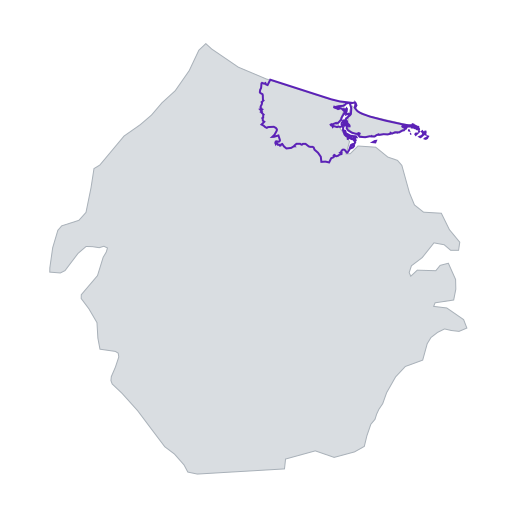 Bonthe, Southern, Sierra Leone (highlighted), rotated 177°
{"feature_id": "65957751B90425188102960", "entity_name": "Bonthe", "entity_type": "district", "adm_level": 2, "iso_a3": "SLE", "parent_name": "Sierra Leone", "parent_adm1": "Southern", "projection": "albers", "projection_center": [-12.539, 7.5], "detail": "fine", "context": "in_parent", "style": "outline", "palette": "violet", "viewbox_px": 512, "rotation_deg": 177, "n_neighbors": 0, "source": "geoboundaries", "source_scale": "gbopen_adm2", "svg_char_len": 7588}
<svg xmlns="http://www.w3.org/2000/svg" viewBox="0 0 512 512"><g transform="rotate(177 256 256)"><path d="M462.8,250.7L462.5,255.0L458.6,274.9L452.5,292.1L448.4,296.3L431.0,300.9L423.5,308.4L417.2,332.7L413.2,351.8L407.2,355.0L381.5,382.7L364.7,393.2L353.0,402.2L341.9,413.9L328.0,425.3L313.0,444.6L302.3,464.5L295.0,470.7L289.5,465.1L263.8,445.5L236.8,432.4L179.2,410.4L160.0,404.2L160.7,396.4L167.3,382.2L156.6,365.4L160.7,353.2L156.6,353.2L148.4,360.5L130.8,358.4L119.2,347.9L109.7,344.1L105.6,338.8L99.5,311.2L95.1,298.7L86.4,291.0L68.7,289.0L61.5,272.2L51.8,259.1L53.4,251.1L61.3,251.5L67.5,257.4L77.6,259.8L90.1,245.7L101.3,238.1L103.9,231.4L102.5,227.7L95.7,233.4L77.2,231.9L72.6,237.0L64.3,238.7L57.9,222.1L58.2,212.4L60.9,201.7L79.6,199.9L81.2,196.4L68.2,194.1L52.0,181.6L49.2,173.0L57.2,170.1L64.9,171.4L71.5,173.3L78.7,170.2L85.5,165.5L89.6,159.5L95.0,143.3L112.6,137.9L122.9,128.0L132.7,112.7L137.2,101.9L141.3,96.5L143.8,91.8L145.7,86.7L150.1,82.0L154.7,70.6L157.8,60.2L167.9,55.2L188.5,50.8L207.0,58.3L237.1,51.7L238.7,41.9L266.2,41.7L298.9,41.5L326.0,41.3L335.4,43.8L338.8,51.1L347.8,62.5L357.1,70.3L368.8,87.6L382.3,107.7L397.0,125.9L406.3,135.7L407.4,139.2L406.8,143.1L402.2,152.4L398.3,162.4L398.7,166.2L401.5,168.1L416.7,171.1L418.2,182.3L418.3,197.8L425.7,212.1L432.8,222.7L432.5,226.5L415.3,244.7L408.7,262.7L405.3,267.8L403.9,271.8L407.4,273.7L412.1,272.5L418.8,273.9L425.2,274.4L433.6,267.9L447.5,251.4L452.3,249.3L462.8,250.7ZM154.4,397.3L152.4,400.9L143.3,392.0L95.8,378.5L109.2,371.4L142.2,369.4L151.9,373.5L156.3,377.0L157.9,383.5L154.4,397.3Z" fill="#d9dde1" stroke="#a8b0b8" stroke-width="1"/><path d="M242.1,390.8L240.7,389.6L243.6,387.0L241.5,385.7L240.1,384.3L238.5,383.4L237.2,384.1L231.5,384.1L229.5,382.9L228.5,381.4L228.7,380.1L231.2,376.1L233.5,374.1L231.8,374.1L227.3,375.2L226.1,370.8L226.1,369.9L226.9,369.1L227.4,368.9L229.5,369.5L230.3,369.3L230.8,367.9L230.4,366.8L230.1,367.3L229.3,367.4L228.9,367.1L228.3,365.9L227.0,365.9L226.3,364.9L225.7,365.0L224.9,366.2L223.9,366.5L222.3,363.9L220.0,361.8L215.2,362.1L212.6,363.5L212.0,363.5L212.3,363.8L211.6,364.5L209.7,365.9L206.0,365.7L204.8,364.8L204.2,364.8L203.4,365.5L200.7,365.4L197.5,362.6L195.9,362.1L193.7,362.0L192.7,361.3L192.0,359.1L188.7,355.9L186.1,351.7L185.8,346.6L181.6,346.6L178.1,345.6L175.8,349.7L173.3,350.6L172.9,351.7L173.2,352.2L172.5,352.9L172.2,352.8L171.9,351.8L170.6,351.4L168.6,351.9L167.3,352.9L165.3,353.3L165.1,354.7L166.2,355.0L165.5,355.5L164.9,356.8L163.6,357.7L162.5,357.6L161.7,357.1L159.9,354.5L159.3,354.4L157.3,357.2L155.5,361.7L153.9,362.6L151.8,363.0L150.9,364.6L152.9,367.5L154.7,367.8L156.5,369.6L157.5,368.3L158.2,368.2L158.2,370.4L159.7,371.0L161.2,372.6L162.4,376.9L162.5,378.0L162.1,379.7L163.1,380.8L163.7,381.0L165.0,380.5L166.8,380.9L168.3,380.5L171.7,381.7L172.6,380.9L172.9,381.9L174.2,382.5L174.6,383.2L173.8,383.7L173.0,383.4L169.1,384.7L168.8,384.2L167.7,384.3L166.0,385.6L163.9,387.6L163.2,389.8L159.5,395.5L161.1,396.9L162.8,398.8L163.7,399.1L166.4,398.4L167.4,399.1L169.9,400.1L170.2,400.4L170.0,401.0L169.0,400.6L165.7,401.3L161.2,401.4L159.4,402.2L157.8,403.7L156.2,403.8L155.0,404.4L164.3,406.0L172.9,408.6L232.5,431.3L235.5,426.1L237.0,426.8L237.6,428.2L238.8,427.6L240.9,428.6L241.5,428.1L242.0,424.2L242.3,423.1L243.1,421.9L243.6,419.4L243.1,418.5L241.1,417.3L240.8,416.3L240.9,411.6L240.4,410.9L242.3,409.4L241.9,408.8L242.3,407.2L243.5,405.1L243.8,403.1L243.0,403.1L242.9,402.4L242.3,402.1L242.6,401.9L242.7,401.0L243.4,401.2L242.8,400.5L243.5,399.7L242.7,399.3L243.0,399.0L242.6,398.5L241.0,396.8L241.3,396.5L241.5,395.7L241.6,393.8L242.5,393.3L242.1,392.4L242.1,390.8ZM146.2,369.6L140.7,368.9L136.2,369.6L134.8,369.4L134.3,369.7L134.1,369.3L131.5,369.1L130.5,369.5L129.6,370.3L127.2,371.1L126.8,370.5L122.2,371.0L118.2,370.5L115.6,371.0L115.2,372.0L113.8,371.1L110.7,372.3L109.1,372.2L108.4,371.8L108.1,372.1L106.7,371.9L103.0,373.7L101.8,373.7L99.8,375.7L102.9,377.3L103.4,378.6L102.8,377.8L100.5,377.3L99.3,377.8L96.2,377.2L94.8,378.0L94.8,378.5L97.2,378.6L103.1,379.9L119.6,384.4L135.0,389.3L141.8,392.2L144.9,393.8L147.3,395.5L147.4,395.0L147.3,395.5L149.2,398.2L149.5,399.2L148.6,403.3L149.9,404.0L153.8,403.5L154.2,403.0L153.1,398.7L153.8,392.8L154.8,391.6L157.5,389.7L158.0,388.8L158.6,388.9L159.2,388.0L159.1,387.5L159.4,387.5L159.5,387.2L159.1,386.2L158.8,386.4L158.6,385.8L158.0,385.7L157.7,383.7L156.3,382.3L155.8,381.5L155.8,380.6L156.1,380.6L156.6,381.6L157.5,381.9L158.7,379.5L158.8,378.8L157.3,376.5L153.8,374.1L150.2,372.9L148.8,372.7L147.0,373.4L146.1,372.9L146.3,372.4L147.7,371.7L147.3,371.1L146.2,369.6ZM154.8,371.0L155.1,370.5L154.7,369.1L152.5,368.0L151.5,366.6L150.5,366.6L150.8,368.4L152.5,370.4L153.6,371.0L154.8,371.0ZM91.8,376.1L91.0,375.4L90.6,375.4L90.8,376.0L90.7,376.4L91.4,377.3L93.2,377.9L92.9,378.5L92.6,378.5L92.9,377.9L91.9,378.5L91.2,378.2L92.0,377.8L91.5,377.9L91.2,377.4L90.4,377.4L89.7,376.8L89.7,377.1L89.5,376.6L90.1,375.8L89.4,375.7L89.2,376.4L88.4,376.8L92.8,379.3L94.0,377.1L93.7,377.0L93.5,376.1L91.8,376.1ZM82.7,369.1L83.2,368.2L84.4,367.2L86.4,366.5L85.7,366.0L84.8,366.4L81.9,368.8L81.3,369.1L80.9,369.0L80.9,369.3L80.8,368.7L81.4,369.0L80.3,368.5L80.6,370.6L80.4,371.3L80.3,370.8L80.1,370.9L80.2,371.4L80.5,371.4L80.7,370.7L81.4,370.6L83.0,371.1L83.4,371.9L83.8,371.6L82.8,370.3L82.7,369.1ZM155.8,358.5L153.6,359.3L152.3,360.8L152.4,361.5L153.4,361.7L155.4,361.1L155.8,358.5ZM162.5,385.4L162.6,384.9L163.4,384.6L163.7,383.2L163.6,382.8L162.3,382.2L161.1,383.1L161.8,384.9L162.5,385.4ZM159.7,371.7L156.7,372.0L159.3,373.6L160.9,373.9L160.2,372.2L159.7,371.7ZM165.2,400.9L167.1,400.7L168.2,399.7L167.2,399.4L165.0,400.2L165.2,400.9ZM133.3,363.6L130.9,363.2L130.2,364.7L131.4,364.6L133.3,363.6ZM160.2,397.9L160.5,397.1L159.0,395.7L158.6,396.5L159.5,397.9L160.2,397.9ZM90.0,369.9L90.5,369.3L90.1,368.6L88.6,369.9L90.0,369.9ZM88.6,374.3L87.2,374.0L87.3,375.5L87.6,374.8L88.2,375.3L88.6,374.3ZM161.1,376.6L161.3,375.9L160.2,374.9L160.1,375.8L160.4,376.4L161.1,376.6ZM78.6,365.4L81.2,364.5L81.3,364.4L80.6,364.1L79.7,364.3L78.9,364.8L78.6,365.4ZM160.3,385.5L160.2,384.6L159.5,383.5L159.1,384.3L160.3,385.5ZM88.7,375.8L88.5,375.2L88.2,375.7L86.9,375.8L86.6,375.6L87.2,376.4L88.7,375.8ZM161.8,382.1L160.7,381.4L160.4,381.5L160.7,382.5L161.8,382.1ZM158.7,384.0L159.2,383.2L159.1,382.6L158.5,382.6L158.4,383.8L158.7,384.0ZM99.2,376.7L100.1,376.3L99.5,375.6L98.9,376.4L99.2,376.7ZM161.8,386.6L161.8,385.9L161.4,385.2L161.1,386.7L161.8,386.6ZM150.7,370.4L150.1,369.6L149.5,369.5L149.9,370.3L150.7,370.4ZM156.8,392.7L155.9,392.6L155.8,393.2L156.2,393.3L156.8,392.7ZM90.6,377.3L90.6,376.4L90.7,376.0L90.5,375.8L90.2,376.7L90.6,377.3ZM158.1,395.9L158.7,395.5L158.8,394.9L158.1,395.6L158.1,395.9ZM157.8,398.5L158.0,398.0L157.6,397.5L157.5,398.1L157.8,398.5ZM148.4,402.2L147.9,401.1L148.0,400.7L147.8,401.3L148.4,402.2ZM160.6,398.0L160.9,397.6L160.6,397.2L160.3,397.8L160.6,398.0ZM161.3,375.4L160.8,374.8L160.3,374.8L160.7,375.3L161.3,375.4ZM160.4,396.6L160.3,396.3L159.6,396.1L160.1,396.6L160.4,396.6ZM158.9,382.5L159.1,382.2L158.9,381.8L158.5,382.1L158.9,382.5ZM86.9,372.5L86.6,371.7L86.1,371.1L86.9,372.5ZM86.9,374.1L86.5,374.2L86.4,374.5L86.6,374.2L86.7,375.1L86.9,374.1ZM78.9,367.1L77.4,365.6L78.0,366.4L78.9,367.1ZM148.6,402.3L148.3,402.3L148.3,403.1L148.6,403.5L148.6,402.3ZM157.3,370.7L157.8,370.7L157.6,370.2L157.3,370.7ZM158.4,392.7L157.9,392.9L158.0,393.2L158.3,393.0L158.4,392.7ZM149.0,399.5L148.4,400.0L148.4,400.3L149.0,399.5ZM94.9,370.2L95.2,370.1L95.6,369.9L95.2,369.9L94.9,370.2ZM96.7,373.3L96.8,373.6L97.5,373.6L96.7,373.3Z" fill="none" stroke="#5b21b6" stroke-width="2"/></g></svg>